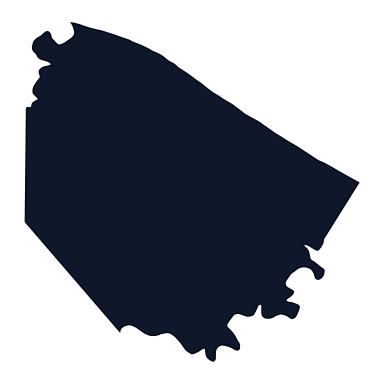 Santa Rosa de Aguan, Colón, Honduras
{"feature_id": "27666195B37116409669852", "entity_name": "Santa Rosa de Aguan", "entity_type": "district", "adm_level": 2, "iso_a3": "HND", "parent_name": "Honduras", "parent_adm1": "Colón", "projection": "mercator", "projection_center": [-85.679, 15.902], "detail": "fine", "context": "isolated", "style": "filled", "palette": "ink", "viewbox_px": 384, "rotation_deg": 0, "n_neighbors": 0, "source": "geoboundaries", "source_scale": "gbopen_adm2", "svg_char_len": 5849}
<svg xmlns="http://www.w3.org/2000/svg" viewBox="0 0 384 384"><path d="M119.7,331.3L119.9,330.1L120.5,328.8L121.5,327.6L122.7,326.6L124.1,325.8L126.1,325.1L128.2,324.6L129.6,324.6L130.9,324.7L132.5,325.2L133.7,325.7L136.1,326.9L136.7,327.3L144.0,332.4L145.0,333.0L146.3,333.7L147.6,334.2L149.0,334.8L150.1,335.1L151.2,335.2L152.6,335.3L153.8,335.3L155.4,335.2L156.9,334.9L158.3,334.6L159.3,334.2L160.3,333.6L160.9,333.4L163.6,333.0L166.2,332.4L166.9,332.4L167.8,332.4L168.7,332.5L169.6,332.7L170.5,333.1L171.8,333.8L173.9,335.2L174.7,335.8L177.3,338.5L179.5,340.9L181.2,343.0L186.3,350.1L189.5,352.3L191.5,353.5L191.9,353.6L192.4,353.5L193.8,353.2L195.1,352.7L198.4,351.1L201.9,348.7L203.1,348.1L204.0,347.9L204.5,347.8L205.0,348.0L205.3,348.3L205.6,349.2L206.1,353.4L206.4,355.1L206.6,355.9L207.1,356.7L207.6,357.3L208.2,358.0L209.1,358.8L210.2,359.7L212.1,360.7L212.7,360.9L213.3,361.0L213.9,360.7L214.3,360.3L214.8,359.6L215.1,358.9L215.1,357.0L215.2,352.1L215.4,350.8L215.9,349.3L216.6,348.0L217.6,346.8L218.7,345.9L219.9,345.3L221.2,344.8L221.9,344.7L224.0,345.0L227.1,345.6L229.6,346.5L231.5,347.3L232.2,347.6L235.1,349.4L236.5,349.8L237.5,349.9L238.1,349.8L238.6,349.4L239.0,348.8L239.2,348.2L239.3,347.6L239.4,346.0L239.2,344.5L239.1,344.0L238.8,343.4L237.2,340.9L235.0,336.7L233.4,334.2L232.5,333.0L228.9,329.1L227.2,327.5L226.7,326.7L226.5,325.8L226.5,325.2L226.6,324.6L226.9,323.7L227.3,322.9L229.4,320.0L232.2,316.2L233.6,314.5L234.2,314.1L235.1,313.7L236.0,313.5L237.3,313.3L238.5,313.2L239.1,313.3L240.4,313.7L244.9,315.3L247.2,316.0L248.2,316.0L249.8,315.8L250.8,315.6L252.0,315.3L252.6,314.9L253.1,314.6L253.6,314.0L254.1,313.2L256.6,308.2L257.4,306.0L258.1,305.0L258.5,304.7L259.4,304.2L260.1,304.0L260.7,303.9L261.1,304.1L261.5,304.4L261.8,305.0L262.0,305.6L262.1,306.2L262.0,309.1L262.0,312.2L262.1,313.5L262.4,314.7L262.7,315.5L263.2,316.3L263.8,316.9L264.6,317.4L265.8,317.8L267.1,318.0L269.1,318.0L270.2,317.9L271.2,317.6L272.4,317.2L273.4,316.7L275.0,315.6L277.5,314.6L279.9,313.9L281.3,313.8L282.2,313.9L283.3,314.1L284.7,314.5L285.9,314.9L288.1,316.1L290.4,317.6L291.6,318.3L292.1,318.3L292.6,318.3L293.1,318.1L293.8,317.8L294.6,317.2L295.2,316.6L295.8,315.8L296.3,315.0L297.7,311.7L298.9,308.5L299.1,307.6L299.1,306.7L298.8,306.1L298.3,305.6L297.7,305.2L296.3,304.5L292.5,303.1L289.5,302.6L287.3,302.1L286.5,301.7L286.0,301.3L285.8,301.0L285.7,300.6L285.8,300.1L286.0,299.6L286.3,299.1L287.4,298.1L288.3,297.5L289.7,296.7L290.8,295.7L292.2,294.3L292.9,293.3L293.3,292.7L293.4,292.0L293.3,291.4L292.8,291.0L289.2,288.8L287.1,287.7L286.6,287.3L286.0,286.5L285.5,285.8L285.3,285.2L285.1,284.5L285.0,283.8L285.0,283.1L285.1,282.3L285.6,280.8L286.2,279.9L288.0,277.2L290.9,273.3L291.4,272.8L291.8,272.5L293.5,271.5L296.7,269.0L298.4,267.8L299.1,267.5L300.3,267.1L301.5,266.8L302.5,266.7L303.6,266.6L304.6,266.6L306.1,266.8L307.4,267.1L308.6,267.5L309.7,268.0L310.7,268.5L311.4,269.1L312.1,269.7L312.6,270.4L313.9,272.5L314.4,273.7L315.0,275.5L315.4,277.2L315.7,277.9L315.9,278.3L316.7,278.8L317.4,279.0L318.1,279.1L318.7,279.1L319.3,278.9L320.2,278.4L320.9,277.9L321.6,277.2L322.3,276.3L322.9,275.4L323.2,274.8L323.7,273.2L323.8,272.1L323.9,271.2L323.8,270.1L323.6,269.6L323.3,269.3L322.8,268.9L320.7,267.6L314.3,262.4L311.9,261.0L311.1,260.4L310.4,259.7L310.1,259.1L309.7,258.1L309.3,256.1L308.7,252.9L308.5,252.2L308.2,251.4L307.5,250.0L306.7,248.9L306.0,248.2L304.8,247.3L304.1,246.4L303.8,246.0L303.7,245.6L303.7,245.1L303.8,244.7L304.2,244.2L304.4,244.1L304.7,244.0L305.6,244.1L306.9,244.5L310.3,246.2L314.1,248.6L315.6,249.5L316.6,249.9L317.3,250.0L317.8,249.9L318.4,249.6L319.1,248.8L320.7,246.8L321.7,244.8L322.4,243.7L322.7,243.3L323.1,241.1L323.2,239.2L358.6,182.7L352.5,179.4L338.6,171.6L333.9,168.8L330.1,166.6L324.3,163.5L322.1,162.5L319.4,161.4L317.6,160.4L312.9,157.4L307.7,153.9L303.6,151.3L299.1,148.2L286.4,140.7L282.7,138.3L275.5,133.9L273.3,132.4L266.5,127.6L263.2,125.4L261.2,123.8L259.8,122.8L257.4,121.4L247.8,116.1L244.7,114.4L243.5,113.5L240.4,111.0L232.0,104.7L222.3,99.0L219.2,96.7L215.7,94.7L212.3,92.6L208.6,89.8L200.2,83.1L196.0,80.3L191.4,76.8L186.9,73.6L181.6,70.1L178.0,67.8L177.4,67.4L175.7,65.6L173.8,64.1L173.0,63.6L170.5,62.4L168.2,61.0L167.3,60.4L165.3,58.7L163.0,56.9L161.5,55.8L160.3,55.1L156.7,53.3L153.6,52.1L151.9,51.2L148.0,48.9L145.7,47.7L140.4,45.3L131.8,41.9L130.9,41.4L130.0,40.7L129.3,40.4L120.7,37.5L117.1,36.2L113.8,35.0L102.5,31.4L100.4,30.8L97.1,30.2L90.0,28.4L82.2,25.9L80.4,25.1L79.3,24.8L74.5,23.5L71.6,23.0L72.5,24.5L72.9,25.2L73.6,27.1L74.5,29.7L74.8,31.2L74.9,32.4L74.9,33.5L74.6,34.5L74.3,35.3L73.7,36.2L73.0,37.1L72.1,38.0L70.5,39.3L68.3,40.7L65.0,43.1L63.8,43.6L61.6,44.7L60.4,45.0L59.5,45.2L58.8,45.1L58.2,45.0L57.6,44.7L56.9,44.2L56.3,43.6L51.6,38.7L51.3,38.2L51.0,37.3L50.6,35.2L50.1,33.9L49.4,33.0L48.6,32.2L47.9,31.8L47.4,31.7L46.8,31.8L45.5,32.5L43.4,34.1L42.0,35.4L41.1,36.3L37.8,38.0L37.1,38.5L36.0,39.5L34.9,40.6L34.1,41.7L33.6,42.9L33.0,45.2L32.7,46.6L32.6,47.9L32.8,48.9L33.1,49.9L33.4,50.5L34.0,51.3L35.5,52.7L36.3,53.6L37.0,54.7L37.8,56.3L38.7,57.5L39.7,58.4L40.7,58.9L42.7,59.5L46.5,60.6L48.5,61.4L49.8,62.2L50.6,62.8L51.3,63.6L51.4,64.0L51.5,64.4L51.4,64.7L51.1,65.1L50.6,65.4L50.1,65.6L48.2,66.2L44.8,66.9L43.7,67.3L42.7,67.7L41.9,68.2L40.7,69.2L40.1,69.8L39.7,70.4L39.5,70.8L39.4,71.3L39.4,72.4L39.6,73.4L40.4,75.7L40.5,77.0L40.5,77.4L40.2,78.0L39.4,79.0L36.4,82.9L35.3,84.6L34.7,85.5L34.0,87.0L33.5,88.5L33.3,89.4L33.1,90.9L33.2,91.7L33.3,92.4L33.5,93.1L33.9,93.7L34.3,94.2L35.6,95.4L37.3,97.3L38.4,98.3L38.6,98.7L38.5,99.1L38.2,99.7L37.4,100.4L36.6,100.8L35.4,101.3L33.5,102.7L32.9,103.1L32.6,103.6L32.4,104.1L32.1,105.2L31.9,106.6L31.4,107.2L30.6,107.8L30.2,108.2L29.8,108.2L29.4,108.1L28.6,107.7L27.9,107.6L27.6,107.6L27.3,107.7L27.0,107.9L26.8,108.3L26.6,108.6L25.4,221.8L119.7,331.3Z" fill="#0f172a" stroke="#020617" stroke-width="1.5"/></svg>